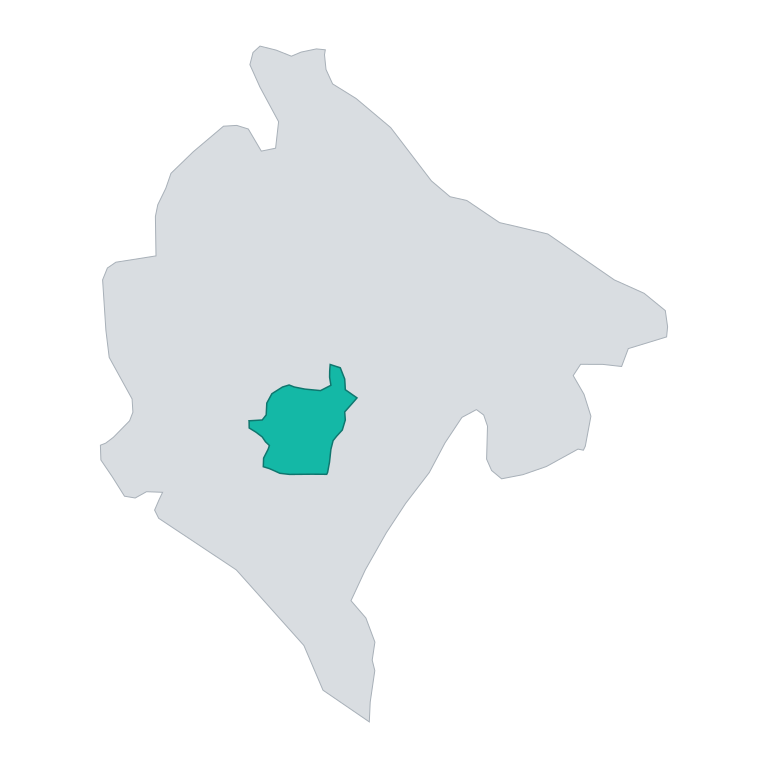 where Danilovgrad sits in Montenegro
{"feature_id": "MNE-1511", "entity_name": "Danilovgrad", "entity_type": "Municipality", "adm_level": 1, "iso_a3": "MNE", "parent_name": "Montenegro", "parent_adm1": "", "projection": "mercator", "projection_center": [19.12, 42.623], "detail": "fine", "context": "in_parent", "style": "filled", "palette": "teal", "viewbox_px": 768, "rotation_deg": 0, "n_neighbors": 0, "source": "natural_earth", "source_scale": "10m", "svg_char_len": 1800}
<svg xmlns="http://www.w3.org/2000/svg" viewBox="0 0 768 768"><path d="M325.3,49.8L324.5,54.8L326.0,69.5L332.6,83.9L356.2,98.6L390.7,127.6L431.4,180.9L450.0,196.7L466.8,200.5L499.5,222.6L522.3,227.9L547.8,234.0L614.3,279.9L644.1,293.3L665.3,310.6L667.6,326.8L666.6,336.9L628.3,348.6L621.6,366.5L603.0,364.4L580.6,364.3L573.2,375.6L584.0,394.3L590.9,416.2L585.3,446.2L583.4,450.2L578.0,449.1L546.4,466.5L522.8,474.7L501.6,478.8L491.6,470.5L486.6,459.1L487.5,426.1L483.7,415.0L476.4,409.6L461.9,417.4L445.0,442.9L429.3,472.5L405.7,503.3L386.3,532.8L365.3,569.9L351.0,600.7L365.9,618.0L374.9,642.1L372.2,660.1L374.8,670.6L370.2,702.1L369.3,721.9L323.0,690.2L303.9,645.5L236.3,569.9L158.7,518.3L154.6,510.1L158.9,500.1L162.6,492.3L146.5,491.7L135.2,498.0L124.5,496.2L112.3,476.8L100.9,460.0L100.4,445.2L105.6,443.2L113.4,437.3L129.6,420.8L132.9,412.2L132.1,399.0L109.2,357.4L105.9,330.3L102.6,279.9L107.4,268.0L115.9,262.2L156.0,255.9L155.4,216.5L157.8,204.7L165.8,188.3L171.0,173.3L193.2,151.8L223.5,126.2L236.7,125.4L248.3,129.0L261.3,151.1L275.6,148.2L278.6,121.7L259.9,87.0L249.9,64.7L253.0,52.5L260.0,46.1L276.1,50.1L291.4,56.2L301.1,52.1L316.4,48.9L325.3,49.8Z" fill="#d9dde1" stroke="#a8b0b8" stroke-width="1"/><path d="M320.5,390.6L330.9,385.3L329.6,377.2L329.7,370.9L330.2,364.5L340.3,367.8L344.7,379.0L345.0,383.7L345.3,389.7L357.0,397.9L352.5,403.1L344.7,411.9L345.3,420.0L342.3,430.0L336.8,436.0L333.1,440.6L330.9,449.3L329.5,462.2L327.6,472.4L326.7,474.3L311.9,474.2L289.5,474.4L279.9,473.3L269.4,468.6L263.3,466.7L263.6,458.1L268.1,449.3L269.4,445.5L265.5,441.8L262.2,436.9L255.7,432.0L249.2,428.0L249.1,421.3L249.0,420.8L262.2,420.0L266.2,414.9L266.8,403.1L271.9,393.7L282.5,387.0L289.1,385.0L294.3,387.0L304.9,389.1L320.5,390.6Z" fill="#14b8a6" stroke="#0f766e" stroke-width="1.5"/></svg>